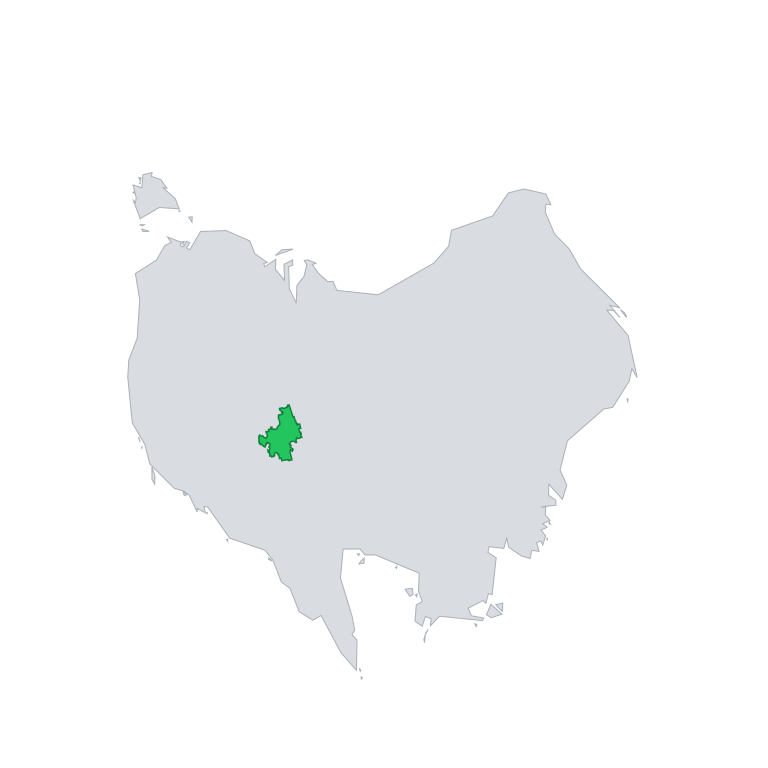 location of Barcoo, Queensland, Australia, rotated 162°
{"feature_id": "25037944B38568063774568", "entity_name": "Barcoo", "entity_type": "district", "adm_level": 2, "iso_a3": "AUS", "parent_name": "Australia", "parent_adm1": "Queensland", "projection": "equal_earth", "projection_center": [142.502, -25.173], "detail": "fine", "context": "in_parent", "style": "filled", "palette": "green", "viewbox_px": 768, "rotation_deg": 162, "n_neighbors": 0, "source": "geoboundaries", "source_scale": "gbopen_adm2", "svg_char_len": 7599}
<svg xmlns="http://www.w3.org/2000/svg" viewBox="0 0 768 768"><g transform="rotate(162 384 384)"><path d="M508.0,141.9L515.4,183.3L524.6,181.3L535.0,193.6L536.6,218.7L542.8,227.4L544.1,250.7L548.5,262.7L578.3,285.0L589.6,321.3L593.0,323.2L593.7,316.7L600.1,323.3L601.2,320.1L603.6,338.4L607.3,343.8L615.6,349.5L631.4,380.2L630.1,400.5L635.4,424.8L625.6,469.6L619.3,485.7L604.5,503.9L590.3,539.5L586.3,565.9L562.1,572.1L549.9,583.3L542.5,584.3L544.5,590.7L533.0,581.4L534.7,579.2L534.0,576.9L531.8,576.8L527.9,580.8L525.1,578.4L529.8,574.5L527.2,571.6L511.3,585.7L486.7,578.7L467.4,561.5L466.6,547.9L457.4,535.5L461.2,536.0L461.1,532.3L448.2,536.0L451.9,526.8L446.6,513.3L442.2,528.7L432.6,530.2L434.1,525.1L438.5,525.0L444.6,503.9L442.5,488.0L436.3,504.7L426.8,511.1L420.6,521.1L421.7,526.1L417.8,525.5L411.4,519.9L415.3,519.8L412.3,510.0L406.0,498.8L400.9,497.3L399.8,487.5L361.9,470.6L299.5,483.5L280.1,494.9L272.3,509.3L228.8,510.2L206.7,527.3L190.6,526.2L171.4,514.7L169.9,502.9L174.5,504.9L177.6,497.8L175.4,473.8L166.2,455.5L161.3,432.4L136.4,383.8L144.9,389.0L138.9,374.1L143.0,382.9L149.3,385.5L136.9,354.7L141.3,311.9L143.5,322.0L149.9,310.9L173.8,291.1L182.7,292.3L227.1,273.3L243.1,247.9L241.4,231.2L250.0,219.2L258.2,237.8L261.8,227.5L256.6,220.2L258.0,215.6L272.9,218.6L268.2,216.9L271.1,209.5L268.2,203.0L276.2,202.1L273.1,197.3L279.7,196.6L277.3,189.6L282.8,181.7L283.4,186.4L288.0,185.8L288.2,176.9L294.9,180.1L299.0,172.9L306.2,177.8L316.0,190.3L314.6,200.2L320.8,190.6L334.5,196.9L337.2,191.6L331.0,184.1L346.3,150.2L349.5,152.4L354.9,143.9L356.8,147.5L373.2,144.8L372.6,136.6L361.5,130.6L363.3,128.5L403.0,146.0L414.5,139.7L411.7,146.3L416.6,150.0L422.5,141.9L427.8,148.7L421.6,163.9L414.8,165.3L415.2,176.2L409.0,193.2L445.0,224.1L454.8,227.2L457.8,234.5L473.9,239.6L485.4,212.9L486.1,173.8L487.9,159.0L491.9,155.5L488.8,148.8L498.7,120.2L508.0,141.9ZM524.7,613.9L543.0,621.3L564.8,616.6L565.7,637.0L564.4,633.3L562.1,637.6L561.2,650.9L553.6,645.5L548.5,657.6L539.2,656.7L541.1,653.3L533.1,647.5L530.0,637.2L533.5,639.0L525.2,624.7L524.7,613.9ZM342.9,128.7L354.3,128.6L357.9,132.9L350.4,141.4L342.9,128.7ZM428.8,540.4L447.5,539.8L439.6,543.3L428.8,540.4ZM425.0,173.9L427.4,182.3L420.2,180.9L421.3,175.0L425.0,173.9ZM630.4,376.6L630.2,367.4L633.1,359.6L634.1,365.2L630.4,376.6ZM560.1,601.7L566.2,603.5L566.3,606.3L560.1,601.7ZM341.8,131.2L346.0,139.5L338.7,139.0L341.8,131.2ZM518.2,603.0L514.7,602.3L516.6,597.3L518.2,603.0ZM463.5,220.6L460.1,223.1L456.6,224.5L458.3,219.8L463.5,220.6ZM136.2,381.6L133.1,377.2L132.6,373.0L133.0,372.8L136.2,381.6ZM564.9,609.1L567.2,611.1L562.7,609.5L564.9,609.1ZM605.9,339.6L608.5,339.6L608.4,343.7L605.9,339.6ZM545.0,250.3L548.0,252.8L547.5,254.3L545.0,250.3ZM553.3,652.7L553.5,656.0L551.2,655.0L553.3,652.7ZM633.9,404.0L634.0,409.0L633.7,408.9L633.9,404.0ZM371.9,128.3L370.0,126.0L371.2,124.8L371.9,128.3ZM425.0,128.7L422.2,132.9L425.4,125.5L425.0,128.7ZM634.5,397.9L633.2,399.6L634.1,397.8L634.5,397.9ZM429.7,205.9L428.2,206.8L429.0,204.8L429.7,205.9ZM419.3,173.7L417.4,174.1L418.5,171.5L419.3,173.7ZM157.8,291.4L157.4,294.7L156.5,294.5L157.8,291.4ZM495.4,118.2L495.3,121.2L494.5,119.1L495.4,118.2ZM531.8,578.0L532.3,579.6L531.7,579.1L531.8,578.0ZM421.5,134.2L417.8,137.1L421.6,133.4L421.5,134.2ZM277.4,185.5L276.1,187.5L276.9,185.2L277.4,185.5ZM554.6,650.3L553.5,651.0L554.1,649.8L554.6,650.3ZM461.9,230.5L459.9,230.4L460.9,228.7L461.9,230.5ZM270.3,200.7L269.3,201.8L269.1,199.1L270.3,200.7ZM563.6,643.5L561.9,644.4L562.5,642.6L563.6,643.5ZM496.7,110.4L496.4,112.4L495.3,111.4L496.7,110.4ZM530.9,580.2L532.5,581.7L529.9,581.3L530.9,580.2ZM581.9,284.8L580.6,284.9L581.2,282.7L581.9,284.8ZM592.5,316.4L591.8,316.4L592.4,314.7L592.5,316.4ZM525.5,611.4L525.1,612.6L524.7,611.1L525.5,611.4Z" fill="#d9dde1" stroke="#a8b0b8" stroke-width="1"/><path d="M495.0,340.3L494.3,349.1L493.7,349.7L493.3,350.3L492.0,348.4L490.6,350.0L492.6,352.7L492.1,353.2L492.1,353.4L491.3,354.2L492.7,356.1L492.6,356.3L492.4,356.4L492.1,356.4L492.1,356.5L491.9,356.6L491.5,356.8L491.4,356.9L491.4,357.0L491.2,357.3L490.9,357.5L490.7,357.8L490.4,357.8L490.2,357.9L490.1,358.0L489.9,358.0L489.7,358.0L487.1,357.2L485.9,355.5L485.2,355.5L485.1,358.0L483.6,359.6L483.6,358.9L481.6,358.7L480.1,358.7L478.6,358.6L478.6,359.0L479.1,359.1L479.0,361.5L478.3,361.5L478.1,363.9L479.1,364.0L478.9,367.8L477.2,367.7L476.9,367.6L476.6,371.9L477.8,372.0L478.5,372.9L478.6,372.4L478.9,372.1L479.0,372.0L479.1,371.9L479.6,372.9L479.4,375.5L479.7,375.5L479.7,376.0L479.9,376.0L479.6,380.7L480.7,380.7L480.7,393.4L482.2,393.6L482.4,392.3L483.4,392.4L483.4,391.7L485.6,391.7L487.4,391.9L487.9,392.7L488.8,392.8L489.0,392.8L489.3,392.9L489.7,392.9L490.1,392.9L490.3,393.0L490.9,393.1L491.0,393.0L491.0,392.9L491.0,392.7L491.1,392.4L491.1,392.2L491.0,392.3L490.9,392.2L490.9,392.3L490.9,392.1L490.8,391.9L490.7,391.7L490.7,391.4L490.8,391.4L490.8,391.2L490.7,391.1L490.6,390.9L490.5,390.7L490.4,390.7L490.3,390.4L490.2,390.1L490.1,389.9L489.9,389.6L489.9,389.4L489.9,389.2L489.8,388.9L489.7,388.9L489.8,388.8L489.7,388.8L489.7,388.7L489.5,388.4L489.5,388.2L489.5,387.9L489.4,387.9L489.5,387.8L489.4,387.8L489.5,387.7L489.5,387.4L489.4,387.3L489.4,387.2L489.6,386.7L490.6,386.7L491.7,386.7L491.7,386.8L493.8,387.1L494.0,387.1L494.1,386.7L494.1,386.4L494.2,386.2L494.3,386.0L494.3,385.9L494.4,385.7L494.5,385.5L494.5,385.4L494.5,385.2L494.7,384.8L494.7,384.6L494.8,384.4L494.9,384.2L495.0,384.2L494.8,382.3L495.2,378.4L495.5,378.4L495.5,377.6L495.8,377.5L496.0,377.3L496.2,377.2L496.3,377.2L496.5,377.3L496.6,377.2L496.9,377.1L497.0,376.9L497.3,376.8L497.5,376.7L497.8,376.4L498.1,376.4L498.3,376.3L498.4,376.2L498.5,376.2L498.8,375.8L498.9,375.7L499.0,375.5L499.1,375.4L499.3,375.1L499.4,374.8L499.6,374.7L499.8,374.6L500.0,374.4L500.1,374.2L502.2,374.5L502.1,374.8L502.1,375.0L504.2,375.3L504.0,377.7L505.1,377.8L505.3,376.1L507.9,376.4L508.1,374.5L510.0,374.8L510.3,375.0L510.3,374.9L511.0,375.0L511.1,374.1L510.6,374.0L510.8,372.5L510.8,372.4L510.7,372.2L510.8,372.1L510.9,370.6L510.9,370.4L511.4,370.3L512.8,368.8L513.0,369.1L513.1,369.3L513.3,369.3L513.4,369.2L513.5,369.2L513.5,369.3L513.8,369.5L514.2,369.9L514.2,370.0L514.6,370.2L514.8,370.4L514.8,370.5L515.0,370.8L515.4,372.2L515.7,372.2L516.9,372.4L517.9,373.8L518.0,373.8L518.3,373.8L518.7,373.4L518.8,373.2L519.0,373.0L519.1,372.8L519.2,372.7L519.3,372.5L519.3,372.1L519.4,371.9L519.4,371.6L519.7,371.3L519.9,371.0L520.0,370.7L519.9,370.4L519.8,370.1L520.6,368.5L520.7,368.4L520.8,368.0L520.5,367.4L520.3,366.9L520.4,366.7L521.0,366.1L520.2,364.8L519.8,365.2L518.0,362.5L518.1,362.4L517.5,361.6L517.4,361.5L517.2,361.3L517.0,361.5L516.6,360.9L516.5,361.0L516.5,361.4L516.4,361.5L516.2,361.6L515.9,361.8L515.7,361.9L514.9,362.9L514.7,362.9L514.6,363.2L514.5,363.3L514.5,363.5L514.4,363.9L514.2,364.1L514.1,364.3L513.7,364.4L513.3,363.7L513.2,363.6L513.1,363.4L512.9,363.4L512.9,363.6L512.7,363.6L512.6,363.8L512.7,364.0L512.4,364.3L510.8,362.0L510.8,361.8L510.9,361.6L511.9,360.6L511.9,360.4L512.6,359.8L512.9,359.8L513.0,359.7L512.1,358.2L514.5,355.9L514.8,356.4L514.9,356.6L515.1,354.9L514.9,354.9L515.0,354.8L514.9,354.7L514.1,354.8L514.2,353.3L514.3,353.3L514.4,352.6L514.5,352.6L514.5,352.4L514.8,350.6L513.3,350.4L513.4,349.4L511.3,349.2L511.2,349.6L510.2,349.5L510.0,349.8L510.0,350.3L509.9,350.5L509.8,351.0L509.7,351.3L509.7,351.5L509.5,351.8L509.4,351.8L509.3,352.0L509.2,352.1L506.7,351.9L506.7,351.1L506.8,349.8L506.0,349.7L506.0,348.9L506.4,345.4L504.7,345.2L504.9,342.6L502.8,342.4L500.9,342.1L498.7,341.9L498.7,341.1L497.9,341.0L498.0,340.5L495.0,340.3Z" fill="#22c55e" stroke="#15803d" stroke-width="1.5"/></g></svg>